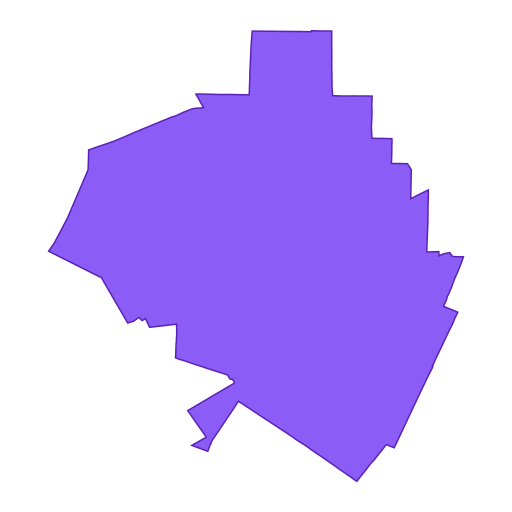 Maglavit, Dolj, Romania (Albers equal-area conic projection)
{"feature_id": "2599482B52050462021094", "entity_name": "Maglavit", "entity_type": "district", "adm_level": 2, "iso_a3": "ROU", "parent_name": "Romania", "parent_adm1": "Dolj", "projection": "albers", "projection_center": [23.135, 44.034], "detail": "fine", "context": "isolated", "style": "filled", "palette": "violet", "viewbox_px": 512, "rotation_deg": 0, "n_neighbors": 0, "source": "geoboundaries", "source_scale": "gbopen_adm2", "svg_char_len": 4837}
<svg xmlns="http://www.w3.org/2000/svg" viewBox="0 0 512 512"><path d="M394.2,447.8L403.2,428.7L420.0,393.0L427.6,377.1L432.5,367.5L432.8,366.8L432.3,366.6L432.5,366.1L435.9,358.5L449.8,329.4L452.5,324.2L454.8,318.4L456.9,314.2L457.8,312.2L446.0,307.3L443.7,306.4L443.9,305.9L444.5,304.2L445.0,303.0L445.7,301.6L446.4,299.8L447.0,297.9L447.4,296.2L448.1,295.1L448.6,294.1L449.5,292.0L450.5,289.6L451.5,287.4L452.2,285.4L452.7,283.8L453.4,282.3L453.9,280.7L454.3,279.6L455.7,276.4L457.0,273.5L458.4,270.2L460.2,265.7L462.8,258.8L463.4,256.8L459.9,256.7L458.5,256.8L456.6,256.7L454.9,256.7L453.5,256.5L452.4,256.1L451.8,256.0L451.6,255.0L451.0,254.6L450.5,254.2L450.4,253.9L450.4,253.4L450.3,253.0L449.8,252.8L448.6,252.9L446.9,253.1L445.1,253.4L442.3,254.3L440.0,255.4L439.1,255.9L438.8,251.6L426.8,252.0L426.8,249.4L427.0,244.2L427.9,221.8L428.0,208.6L428.0,205.0L428.1,203.8L428.1,202.7L428.2,201.5L428.2,200.4L428.3,199.2L428.3,198.0L428.3,197.0L428.3,195.8L428.3,194.6L428.4,193.5L428.3,192.2L428.3,191.0L428.4,190.1L428.4,189.9L427.4,190.4L427.0,190.6L426.4,190.9L425.8,191.2L425.2,191.5L424.5,191.8L423.9,192.1L423.2,192.4L422.6,192.8L421.9,193.1L421.2,193.4L420.5,193.7L419.8,194.1L419.2,194.4L418.5,194.7L417.8,195.1L417.1,195.4L416.4,195.8L415.8,196.1L415.1,196.5L414.4,196.8L413.7,197.2L413.0,197.5L412.3,197.9L411.6,198.2L410.9,198.6L410.7,198.7L411.3,169.7L407.4,163.7L404.9,163.6L391.4,163.5L391.5,161.5L391.7,155.9L391.8,152.0L391.8,146.5L392.0,142.0L391.9,138.7L389.9,138.6L388.4,138.6L385.1,138.5L382.2,138.4L376.5,138.4L371.8,138.2L371.8,134.8L371.6,131.5L371.5,129.3L371.4,127.1L371.5,124.0L371.7,121.2L371.8,119.7L371.8,117.8L371.7,116.3L372.0,114.4L372.0,111.2L372.0,109.1L371.8,107.6L371.8,105.8L371.8,104.0L372.0,100.0L372.1,96.1L371.8,96.1L371.7,96.1L369.7,96.1L367.7,96.0L365.7,96.0L363.6,96.0L361.4,96.0L359.2,96.0L357.0,96.0L354.7,95.9L352.5,96.0L352.0,96.0L351.4,96.0L350.9,96.0L350.3,96.0L347.7,96.0L347.4,96.0L346.7,96.0L346.0,96.0L345.3,96.0L344.5,96.0L343.8,96.0L343.1,96.0L342.3,96.0L342.0,96.1L341.9,96.1L341.6,96.0L341.4,96.0L341.1,96.0L340.8,96.0L340.6,96.0L340.4,96.0L340.2,96.0L339.8,95.9L339.6,95.9L338.1,95.9L336.9,95.8L336.4,95.8L336.0,95.8L335.5,95.8L335.1,95.8L334.6,95.8L334.1,95.8L333.7,95.8L333.2,95.7L332.7,95.7L332.2,89.9L332.0,86.0L332.0,82.9L331.9,73.6L331.8,70.1L331.7,62.5L331.8,57.5L331.8,52.4L331.7,46.8L331.7,35.3L331.7,31.0L320.4,31.0L311.5,30.7L311.5,30.9L311.5,31.3L311.4,31.7L311.1,31.7L310.4,31.7L309.6,31.7L308.8,31.7L307.9,31.6L307.1,31.6L306.2,31.6L305.4,31.6L304.5,31.6L303.7,31.6L302.9,31.6L302.0,31.6L301.2,31.5L300.3,31.5L299.5,31.5L298.6,31.5L298.4,31.5L297.8,31.5L296.9,31.5L296.1,31.5L295.3,31.5L294.5,31.5L293.6,31.5L287.3,31.4L272.8,31.3L263.3,31.2L254.1,31.1L252.2,31.1L251.5,40.3L251.1,46.0L250.1,67.7L249.9,72.5L249.8,78.3L249.2,94.8L245.7,94.8L231.1,94.5L223.8,94.5L220.6,94.5L215.9,94.4L212.1,94.3L209.1,94.2L203.8,94.1L201.4,94.0L197.1,94.0L195.9,94.2L196.2,94.7L199.3,100.0L200.1,101.7L201.3,103.7L202.3,105.5L202.6,106.1L203.6,107.6L201.5,107.9L195.4,108.3L193.9,108.5L191.5,109.1L184.0,112.0L181.2,113.3L177.8,114.9L174.6,116.3L173.0,116.5L171.2,117.2L135.1,132.1L130.7,134.1L121.3,138.1L115.3,140.7L88.6,149.9L88.6,152.2L88.6,153.4L88.1,169.4L88.0,170.0L79.3,190.4L67.5,217.9L61.2,230.0L54.2,243.1L48.6,251.2L101.7,277.9L104.0,282.2L127.7,323.0L132.9,321.4L133.5,321.3L138.9,317.4L142.1,320.6L143.1,320.0L145.5,318.7L146.4,320.6L148.3,324.5L149.5,327.0L149.7,327.3L163.4,325.7L176.6,324.2L176.6,327.2L176.7,330.3L176.7,333.7L176.5,337.5L176.3,342.0L176.0,344.2L176.0,347.3L175.8,351.5L175.8,353.1L175.5,357.9L179.1,359.2L184.8,360.9L188.5,362.2L193.5,363.9L199.3,365.8L203.7,367.2L206.8,368.3L214.3,370.7L218.1,371.9L222.0,373.1L226.1,374.5L227.3,374.9L228.9,377.2L229.3,378.0L229.8,378.9L230.7,379.3L231.7,379.3L232.5,379.1L233.0,380.1L234.1,381.8L234.2,382.4L234.1,382.8L234.0,383.1L233.9,383.4L228.2,386.7L187.7,410.6L190.1,414.0L193.6,419.0L195.6,421.9L205.6,436.2L206.2,437.2L195.0,443.6L191.8,445.4L207.8,451.3L210.7,443.4L210.9,443.6L211.4,442.0L212.0,440.8L212.8,439.5L213.7,438.1L214.8,436.5L218.8,430.6L233.5,408.8L237.8,402.1L238.4,401.3L239.8,402.3L241.4,403.2L260.0,415.5L293.1,437.3L296.5,439.9L297.2,440.3L299.5,441.8L301.3,442.9L303.0,444.0L305.9,445.8L309.8,448.6L310.9,449.5L314.1,451.7L316.8,453.6L318.9,454.9L319.7,455.5L320.2,455.7L321.3,456.5L323.5,458.1L326.2,459.9L328.6,461.6L331.0,463.3L333.7,465.1L336.0,466.8L339.2,469.1L343.2,471.8L346.2,473.9L347.6,475.0L350.3,476.7L352.0,478.0L354.9,480.1L356.9,481.3L357.6,480.3L359.1,478.4L360.3,476.8L362.5,474.1L362.9,473.4L364.2,472.0L365.8,470.0L366.5,469.0L368.5,466.5L370.8,463.5L373.0,461.1L374.3,459.8L376.4,457.0L378.4,454.6L380.2,452.3L381.5,450.8L383.5,448.1L384.7,446.6L385.9,445.1L386.2,444.8L386.4,444.7L394.2,447.8Z" fill="#8b5cf6" stroke="#5b21b6" stroke-width="1.5"/></svg>